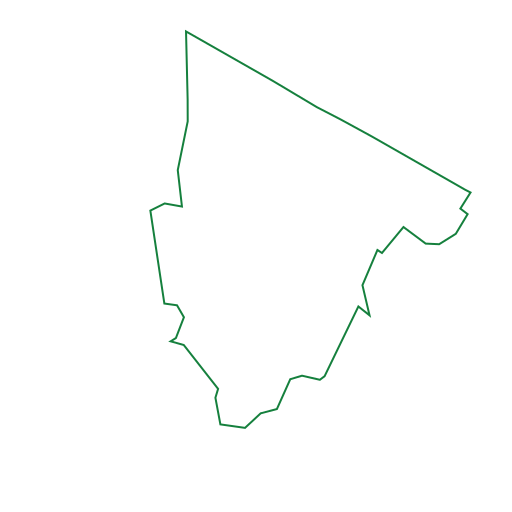 the district of Scott, Tennessee, United States of America, rotated 28°
{"feature_id": "52423323B42225822984570", "entity_name": "Scott", "entity_type": "district", "adm_level": 2, "iso_a3": "USA", "parent_name": "United States of America", "parent_adm1": "Tennessee", "projection": "robinson", "projection_center": [-84.482, 36.383], "detail": "fine", "context": "isolated", "style": "outline", "palette": "green", "viewbox_px": 512, "rotation_deg": 28, "n_neighbors": 0, "source": "geoboundaries", "source_scale": "gbopen_adm2", "svg_char_len": 667}
<svg xmlns="http://www.w3.org/2000/svg" viewBox="0 0 512 512"><g transform="rotate(28 256 256)"><path d="M88.8,90.6L122.1,149.8L132.5,169.2L146.6,216.9L167.4,247.1L150.7,252.5L141.4,265.5L197.4,341.0L209.4,336.6L221.1,343.9L223.8,366.0L220.7,371.4L234.0,368.5L284.9,391.1L286.7,400.2L303.6,421.4L327.0,412.9L334.0,392.7L346.3,381.3L344.1,348.7L352.8,340.1L370.5,335.3L373.0,329.9L370.1,252.5L384.1,255.1L363.7,231.8L360.4,193.7L365.8,194.2L372.6,161.2L400.0,165.4L412.2,159.6L422.0,142.6L423.2,119.7L414.2,118.2L415.6,99.2L409.5,99.3L302.4,96.1L266.8,95.7L239.9,96.0L188.9,93.5L93.1,90.7L88.8,90.6L88.8,90.6Z" fill="none" stroke="#15803d" stroke-width="2"/></g></svg>